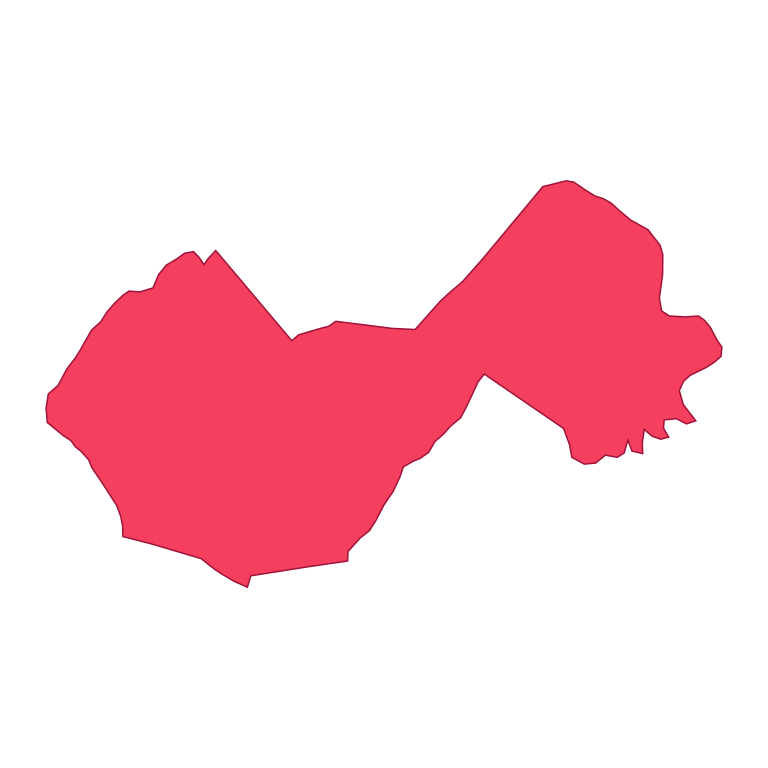 the district of São Tomé, Paraná, Brazil
{"feature_id": "56859067B35955710865711", "entity_name": "São Tomé", "entity_type": "district", "adm_level": 2, "iso_a3": "BRA", "parent_name": "Brazil", "parent_adm1": "Paraná", "projection": "natural_earth1", "projection_center": [-52.521, -23.524], "detail": "fine", "context": "isolated", "style": "filled", "palette": "rose", "viewbox_px": 768, "rotation_deg": 0, "n_neighbors": 0, "source": "geoboundaries", "source_scale": "gbopen_adm2", "svg_char_len": 1653}
<svg xmlns="http://www.w3.org/2000/svg" viewBox="0 0 768 768"><path d="M571.8,457.3L584.3,464.1L595.6,463.1L605.3,455.2L617.3,457.3L624.2,452.9L627.9,440.1L632.0,451.1L642.7,453.6L642.3,443.2L644.2,429.4L652.0,436.2L660.7,439.2L668.7,437.1L663.5,428.1L664.2,419.9L676.5,418.7L686.4,423.9L695.8,420.8L683.3,404.6L679.3,390.6L683.7,381.1L690.2,375.3L705.9,367.6L714.3,362.3L721.0,356.4L721.9,347.1L717.4,340.6L710.2,327.2L704.6,320.4L698.6,316.0L685.2,316.9L669.4,316.0L661.6,310.9L659.4,298.3L662.6,274.4L662.8,254.7L660.1,245.3L648.1,229.8L630.6,220.0L619.7,210.9L611.4,203.3L603.4,198.7L594.8,195.9L585.1,189.8L573.8,182.1L566.1,180.8L542.8,186.6L482.1,259.5L462.9,281.2L457.3,286.1L450.1,292.1L440.4,301.1L415.1,329.5L392.1,328.4L335.8,321.3L328.6,326.3L320.4,328.4L298.7,334.8L291.8,340.7L215.7,250.5L208.5,258.2L203.9,264.6L199.1,257.4L193.5,251.6L184.4,253.3L177.2,258.6L166.6,264.9L158.7,274.4L153.0,287.9L139.9,291.9L129.0,291.1L122.9,295.3L114.6,303.2L107.1,311.8L100.7,321.8L91.7,329.9L84.4,342.5L80.3,350.0L75.4,357.8L66.8,369.0L58.1,385.3L48.3,393.9L46.1,408.3L47.3,422.5L63.4,435.7L70.9,440.6L75.5,446.9L81.2,451.5L88.7,459.9L91.8,467.6L102.9,484.0L116.9,505.9L120.7,516.4L122.6,525.7L122.9,536.6L151.0,543.8L201.3,558.7L209.6,565.4L216.0,570.3L222.2,574.3L234.5,581.5L247.4,587.2L250.8,575.8L304.6,567.3L347.6,561.0L348.0,551.5L360.4,537.8L369.5,530.6L375.9,520.5L384.1,504.7L393.1,491.5L400.0,476.8L403.4,466.8L413.1,461.3L420.3,458.3L428.6,452.4L435.0,441.5L443.3,434.3L450.5,426.2L460.6,417.8L465.5,408.7L471.7,395.7L478.0,382.0L484.3,374.1L563.6,428.5L569.5,444.6L571.8,457.3Z" fill="#f43f5e" stroke="#9f1239" stroke-width="1.5"/></svg>